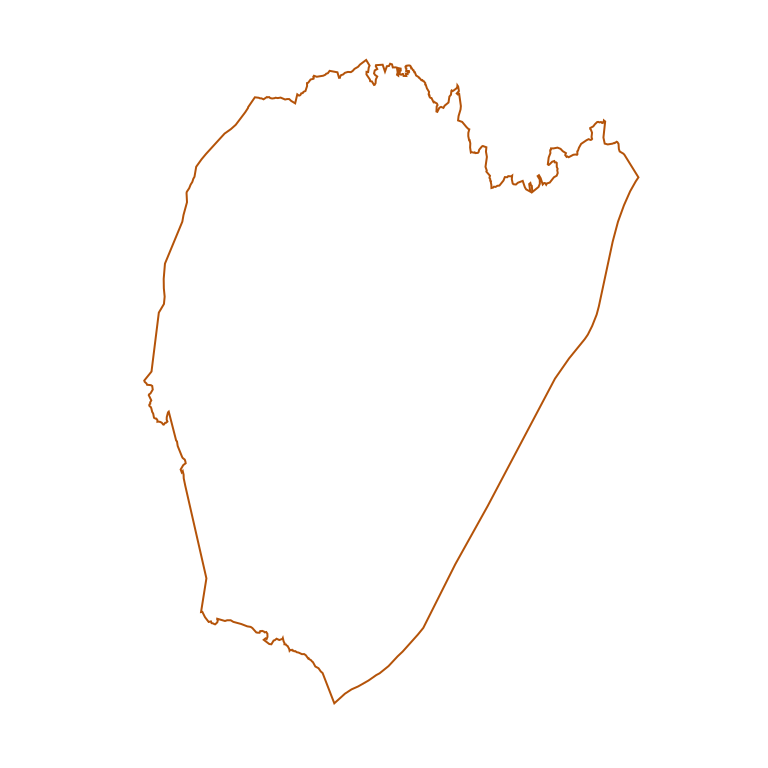 "Østre Toten" nor, Oppland, Norway (Equal Earth projection), rotated 94°
{"feature_id": "86288312B18082183204851", "entity_name": "\"Østre Toten\" nor", "entity_type": "district", "adm_level": 2, "iso_a3": "NOR", "parent_name": "Norway", "parent_adm1": "Oppland", "projection": "equal_earth", "projection_center": [10.862, 60.623], "detail": "fine", "context": "isolated", "style": "outline", "palette": "amber", "viewbox_px": 768, "rotation_deg": 94, "n_neighbors": 0, "source": "geoboundaries", "source_scale": "gbopen_adm2", "svg_char_len": 6029}
<svg xmlns="http://www.w3.org/2000/svg" viewBox="0 0 768 768"><g transform="rotate(94 384 384)"><path d="M106.7,181.7L105.8,183.0L106.7,183.0L107.2,183.6L108.4,184.0L108.3,184.9L107.5,185.8L108.0,187.4L107.6,188.4L107.8,189.6L110.1,191.7L112.4,193.2L114.3,196.2L115.3,196.0L116.0,195.3L118.8,194.0L123.2,194.2L125.0,193.5L125.8,194.1L126.1,195.0L125.5,197.0L126.7,199.0L130.7,204.1L134.7,206.0L137.8,206.8L138.4,207.4L141.4,207.1L141.9,207.5L141.7,209.0L142.1,211.1L144.9,215.6L144.2,217.0L144.7,217.7L143.0,219.2L141.0,218.6L139.3,221.9L137.1,224.3L136.1,227.4L137.2,231.5L137.3,233.8L138.5,233.8L138.7,234.3L139.7,234.5L142.0,234.1L146.5,235.5L153.5,235.9L154.0,235.0L153.8,234.6L150.5,231.7L149.7,229.7L151.0,229.1L150.9,227.8L151.4,227.1L155.4,226.8L157.3,225.8L158.6,226.1L161.4,225.4L164.2,226.3L165.9,228.9L171.5,232.7L172.5,235.4L173.9,236.1L172.5,237.1L172.3,237.8L172.4,238.4L173.9,239.6L167.7,242.1L164.9,244.0L165.9,245.2L169.2,242.9L173.4,242.5L176.7,243.6L182.1,249.4L176.0,250.4L175.1,251.4L173.3,252.0L174.4,253.1L181.9,251.5L179.9,255.8L177.9,257.2L171.7,259.8L173.9,264.5L175.8,266.3L175.7,268.7L175.0,269.6L170.8,270.8L167.2,270.7L168.0,271.6L168.0,274.6L169.1,275.4L169.2,277.9L172.7,279.0L178.0,282.7L178.4,284.8L179.6,286.4L179.5,288.1L180.4,288.8L181.0,290.5L177.9,290.8L175.3,291.5L174.3,291.4L173.9,292.2L172.2,292.3L171.0,293.2L168.9,292.8L165.0,296.7L163.8,296.4L160.3,297.9L150.3,297.2L145.1,298.5L140.7,298.4L139.7,302.0L140.2,302.9L143.7,305.4L146.0,305.8L146.9,306.5L147.3,309.0L146.6,309.7L147.0,310.4L146.6,312.8L147.0,313.5L142.1,314.6L137.9,314.7L134.8,315.6L134.9,316.1L130.9,317.2L127.6,317.4L124.0,316.7L123.7,317.6L122.0,319.6L117.1,324.3L115.9,328.5L111.5,328.3L104.8,326.8L101.4,326.7L89.1,329.3L88.6,330.7L89.7,330.9L89.1,331.7L86.5,329.7L82.0,330.8L81.0,331.6L82.6,331.6L84.1,332.4L86.6,335.3L87.0,336.1L86.4,337.0L86.7,337.2L90.8,337.4L92.7,338.8L98.7,339.3L102.1,342.9L104.4,344.0L103.6,346.4L104.5,348.0L108.8,349.8L108.5,350.7L103.3,350.8L102.3,350.1L101.5,350.2L100.5,350.8L99.4,353.0L99.6,353.7L99.1,353.9L99.3,354.3L95.4,356.6L95.3,357.7L94.3,358.6L92.9,358.7L92.2,359.1L92.7,359.3L91.8,359.7L89.5,359.4L86.1,361.8L82.6,363.2L82.4,363.8L81.0,363.8L79.2,365.4L79.1,366.1L78.1,367.0L78.4,367.8L76.0,370.2L76.0,370.6L75.4,370.9L74.0,373.5L70.8,375.0L70.9,375.5L68.9,376.5L68.9,377.0L66.3,378.9L66.6,379.1L64.8,379.9L64.5,380.6L64.5,381.8L64.9,383.6L65.2,383.7L65.1,384.1L65.8,384.7L67.2,384.4L67.6,383.7L70.2,383.7L70.0,381.0L71.0,380.7L71.3,380.9L71.1,381.2L71.5,382.2L73.1,382.1L72.9,383.8L75.2,383.2L75.3,386.0L73.5,386.5L73.4,387.2L74.3,388.5L73.7,390.0L70.3,390.0L70.1,389.2L68.2,389.4L67.9,391.6L75.4,391.3L74.6,392.6L72.2,392.1L67.5,393.2L67.3,394.4L67.6,397.3L64.6,398.3L64.1,400.2L66.4,401.2L66.8,403.3L72.3,404.8L65.6,407.6L66.5,414.2L67.5,414.4L70.3,412.7L71.8,415.1L74.9,415.6L76.4,414.4L77.7,412.2L80.8,413.4L84.5,413.4L86.2,414.2L86.4,414.8L83.0,417.2L82.9,418.9L81.3,419.3L76.4,423.1L73.8,423.2L73.9,421.6L69.4,421.3L67.4,420.6L62.0,424.4L67.0,430.2L69.4,432.0L71.7,435.4L73.9,437.1L75.2,438.8L75.2,441.8L76.3,444.7L78.1,446.4L78.9,448.4L80.9,449.4L81.5,449.3L81.7,450.2L76.3,452.2L75.4,460.1L77.9,461.7L78.5,463.3L79.5,464.0L80.7,466.1L82.2,472.5L81.4,475.4L82.6,476.0L83.5,475.4L84.4,475.6L85.4,478.5L88.7,480.6L89.2,481.8L92.1,481.5L97.2,482.8L98.2,484.7L99.5,485.4L99.8,486.8L101.4,487.5L102.1,488.3L102.2,489.0L101.1,490.7L110.2,492.2L108.1,496.3L106.4,498.4L106.5,500.5L107.1,502.5L105.5,507.1L106.2,509.9L106.0,512.2L106.5,513.1L107.0,515.5L106.7,517.4L105.8,518.6L106.2,520.3L105.9,520.8L108.4,524.0L107.6,526.2L107.7,527.6L107.2,528.9L107.0,532.8L117.4,538.9L118.1,538.9L122.6,541.4L135.8,550.0L140.4,554.5L145.3,560.5L166.9,577.6L172.6,581.7L180.4,586.5L190.5,587.5L192.5,588.5L195.8,589.3L198.6,590.8L202.3,592.0L206.0,594.1L207.2,594.3L216.4,593.2L229.4,595.8L236.1,596.5L279.2,610.9L294.5,611.1L303.9,610.3L312.2,608.9L319.5,609.1L328.5,613.6L387.8,616.8L397.3,623.4L398.5,622.9L400.1,620.9L401.3,620.3L401.4,616.5L402.1,615.1L405.7,614.3L409.7,616.3L410.7,617.6L411.5,617.9L416.6,615.0L418.7,616.0L420.0,615.8L420.8,616.6L421.6,616.7L422.6,616.2L423.1,615.2L424.3,614.5L428.0,613.3L429.6,612.2L433.7,611.1L434.5,609.5L434.4,608.7L435.7,607.6L437.4,607.4L437.1,606.8L437.4,605.8L437.3,605.0L438.1,603.0L439.8,601.5L439.9,600.9L437.9,599.5L437.9,598.8L436.6,597.4L434.8,598.3L432.2,598.4L427.4,597.5L426.6,596.8L454.9,587.4L455.7,586.5L460.2,585.5L470.9,580.3L471.9,579.6L473.3,577.5L474.9,576.8L476.9,576.3L478.9,578.6L483.5,580.9L486.3,579.6L484.9,578.7L488.4,577.6L492.1,577.2L499.2,575.2L590.3,547.6L624.3,550.6L624.0,549.3L629.1,546.3L633.6,542.3L632.9,540.1L634.6,539.3L634.7,538.0L635.5,536.1L635.5,535.6L633.4,533.7L631.5,533.3L630.5,534.0L629.8,534.0L631.5,526.1L630.6,523.9L630.4,520.4L631.8,517.7L633.4,509.6L635.3,503.5L635.6,500.1L636.6,498.3L640.7,494.1L640.9,493.0L640.8,490.8L639.1,490.2L639.1,488.9L638.8,488.4L639.3,486.6L640.1,485.7L639.6,484.2L641.3,482.9L644.4,482.6L646.6,483.3L646.0,484.4L647.6,486.1L651.4,480.3L651.5,478.2L647.6,476.2L647.2,475.1L645.6,473.4L646.7,470.6L645.3,467.5L644.5,467.2L648.0,466.1L649.1,465.3L650.6,465.2L650.6,463.8L651.5,463.1L652.1,461.9L654.9,460.1L656.3,459.7L655.9,459.5L656.3,459.2L655.9,458.8L656.0,457.7L655.6,457.2L656.4,456.3L656.2,456.0L656.9,454.9L656.7,453.7L657.6,452.5L657.9,450.4L659.2,447.1L659.0,444.8L660.0,443.1L663.2,440.4L662.9,440.0L663.7,439.4L664.7,437.4L665.6,436.7L666.4,435.5L670.6,432.8L672.1,429.5L675.2,427.0L676.6,425.1L706.0,411.3L695.7,401.4L690.9,395.1L687.5,388.7L680.9,378.8L674.9,371.4L672.9,368.2L665.1,359.8L654.7,351.4L649.6,346.7L631.7,332.8L624.6,327.8L558.8,300.3L498.6,272.1L366.7,213.8L345.6,201.2L325.1,186.8L320.5,184.1L311.6,180.4L299.9,176.7L291.6,175.1L226.0,165.8L205.8,161.9L189.0,157.1L174.6,151.9L164.3,147.0L160.1,144.6L138.5,160.2L137.5,161.3L135.6,165.1L133.2,166.1L128.1,166.8L126.4,168.1L126.1,168.8L127.6,170.7L127.4,171.1L128.3,172.8L129.4,177.5L128.8,180.6L122.8,182.3L106.7,181.7Z" fill="none" stroke="#b45309" stroke-width="2"/></g></svg>